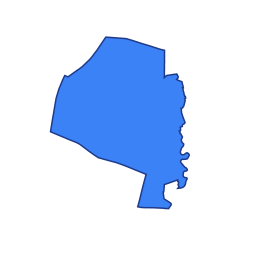 the district of Stejaru, Teleorman, Romania, rotated 61°
{"feature_id": "2599482B19320375788704", "entity_name": "Stejaru", "entity_type": "district", "adm_level": 2, "iso_a3": "ROU", "parent_name": "Romania", "parent_adm1": "Teleorman", "projection": "orthographic", "projection_center": [24.865, 44.177], "detail": "fine", "context": "isolated", "style": "filled", "palette": "blue", "viewbox_px": 256, "rotation_deg": 61, "n_neighbors": 0, "source": "geoboundaries", "source_scale": "gbopen_adm2", "svg_char_len": 3613}
<svg xmlns="http://www.w3.org/2000/svg" viewBox="0 0 256 256"><g transform="rotate(61 128 128)"><path d="M93.7,197.6L97.0,195.0L100.6,192.2L110.6,184.3L113.4,182.0L116.3,179.7L118.5,178.3L119.9,177.6L129.8,173.2L135.2,170.6L139.6,168.3L146.7,161.1L152.4,155.2L152.7,154.9L156.9,151.2L161.4,147.4L168.3,141.9L177.3,134.6L179.9,137.1L183.8,140.9L188.9,145.7L196.3,152.5L201.6,157.7L203.8,155.1L206.0,151.6L208.8,146.6L209.8,144.9L210.2,144.2L213.6,138.7L215.3,135.9L216.1,135.0L218.2,131.6L216.1,127.4L214.8,127.0L213.4,127.6L207.4,130.8L203.0,129.1L201.0,128.3L201.2,127.7L195.1,123.6L196.0,118.6L197.5,109.7L198.6,110.4L199.0,110.2L199.4,109.8L199.8,110.0L200.0,110.3L201.2,110.8L201.7,111.6L202.9,111.9L203.6,111.8L204.2,112.0L204.9,113.7L206.0,111.2L206.5,108.9L206.2,106.8L204.8,104.8L202.8,103.4L201.2,101.0L200.5,100.7L199.8,101.0L199.1,102.0L198.2,102.8L197.0,103.1L195.5,102.4L193.5,100.8L193.2,99.4L193.9,97.9L193.8,96.9L193.0,96.2L191.0,96.5L189.7,97.4L186.2,98.0L184.0,98.5L182.4,98.1L181.5,96.3L183.1,93.1L183.7,91.2L182.9,89.5L181.4,87.5L179.9,87.4L178.3,88.3L178.1,89.7L178.5,91.9L177.8,93.5L176.1,94.4L174.2,93.8L171.2,90.5L170.8,88.8L169.7,87.4L168.7,87.0L167.5,87.6L165.0,87.5L164.3,87.3L162.6,85.1L161.9,84.6L159.9,84.8L159.0,84.6L157.9,85.2L156.7,84.3L155.5,84.7L155.3,82.9L153.3,82.1L152.8,81.9L152.6,81.9L152.7,81.6L153.0,79.7L152.0,79.4L151.6,78.7L151.5,76.3L150.8,75.4L145.5,74.7L144.3,74.5L143.6,74.4L142.9,74.2L141.9,74.0L141.5,74.0L141.0,73.9L140.8,73.8L140.3,73.6L139.6,73.3L138.9,73.0L138.3,72.7L137.9,72.5L137.1,72.2L136.5,72.0L136.7,71.6L136.9,70.9L136.9,70.7L136.8,70.4L136.6,70.1L136.3,69.6L136.1,69.1L136.0,68.9L135.9,68.7L135.6,68.4L135.3,68.1L135.2,68.0L134.9,67.7L134.5,67.3L133.6,66.4L132.7,65.6L131.7,64.6L130.8,64.4L129.7,64.1L129.8,63.0L128.1,62.5L127.7,63.1L127.3,63.0L126.2,62.7L124.9,62.3L123.5,61.9L122.0,61.5L120.3,61.0L119.3,60.8L119.7,60.1L118.5,59.7L117.0,59.3L115.7,59.0L114.2,58.6L113.6,58.4L113.5,58.5L112.9,59.1L112.2,59.7L111.4,60.3L110.8,60.9L110.5,61.1L110.3,61.3L110.1,61.4L109.8,61.6L109.3,61.8L108.9,61.9L108.9,61.5L108.8,61.0L108.8,60.8L108.8,60.7L108.6,60.3L108.3,59.8L108.1,59.6L107.8,59.4L107.4,59.3L107.2,59.2L106.9,59.2L106.5,59.2L106.2,59.3L105.8,59.3L105.5,59.3L105.4,59.3L105.3,59.2L105.2,59.1L105.0,59.3L104.9,59.3L104.7,59.3L104.6,59.2L104.4,59.2L104.2,59.9L103.5,61.7L103.4,61.7L103.4,61.8L103.2,62.2L103.0,62.9L102.8,63.4L102.5,64.2L102.4,64.4L102.2,65.0L102.0,65.8L101.5,66.9L101.3,67.4L101.2,67.6L101.1,67.9L101.1,68.2L101.0,68.5L100.9,68.7L100.9,68.8L100.9,69.0L100.9,69.4L101.0,69.7L101.1,70.0L101.3,70.7L101.5,71.8L101.2,71.6L100.7,71.4L100.3,71.1L99.8,70.7L99.2,70.4L98.7,70.1L97.9,69.7L97.6,69.6L97.1,69.3L96.9,69.2L96.5,69.0L96.2,68.8L95.9,68.6L95.4,68.3L95.0,68.1L94.5,67.8L94.0,67.5L93.7,67.3L93.5,67.2L93.2,67.1L92.9,66.9L92.3,66.5L91.6,66.2L91.1,65.9L90.4,65.5L89.9,65.2L89.0,64.6L88.2,64.2L87.0,63.5L86.2,63.1L84.5,62.2L83.4,61.5L82.7,61.1L81.9,60.7L80.6,60.0L79.8,59.5L79.2,59.2L78.2,58.6L77.7,58.4L77.2,58.9L76.6,59.7L76.5,59.8L75.2,61.2L73.4,63.0L72.4,63.9L72.2,64.0L70.9,65.3L69.5,66.6L67.8,68.2L67.7,68.3L66.2,69.7L61.0,74.8L53.5,81.8L49.0,86.2L44.0,93.8L41.3,97.9L38.0,103.0L37.8,103.4L38.1,103.9L38.4,104.6L39.8,107.4L42.6,112.9L45.1,117.8L46.5,121.1L48.1,124.6L49.5,128.3L49.8,129.3L50.2,131.0L52.2,138.4L52.7,142.2L52.9,144.4L54.2,155.7L52.1,157.3L51.5,157.8L52.2,159.0L55.6,163.5L58.5,167.1L59.1,167.9L60.8,169.9L63.2,172.4L66.8,176.1L69.3,178.2L73.7,181.7L77.2,184.5L80.0,186.7L82.6,188.8L83.2,189.3L83.8,189.8L84.7,190.5L87.9,193.0L91.0,195.5L93.7,197.6Z" fill="#3b82f6" stroke="#1e3a8a" stroke-width="1.5"/></g></svg>